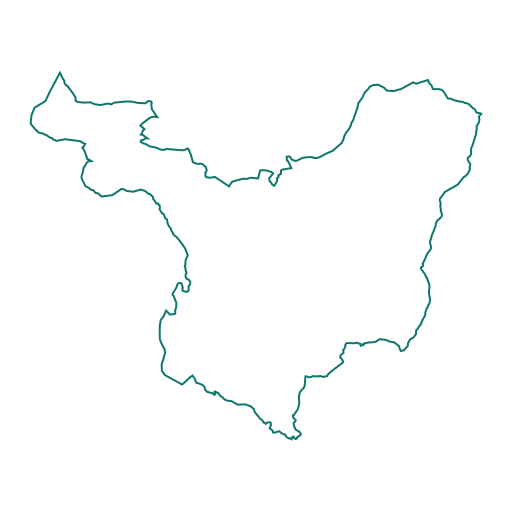 outline of Albac, Alba, Romania
{"feature_id": "2599482B24206442274336", "entity_name": "Albac", "entity_type": "district", "adm_level": 2, "iso_a3": "ROU", "parent_name": "Romania", "parent_adm1": "Alba", "projection": "mercator", "projection_center": [22.961, 46.463], "detail": "fine", "context": "isolated", "style": "outline", "palette": "teal", "viewbox_px": 512, "rotation_deg": 0, "n_neighbors": 0, "source": "geoboundaries", "source_scale": "gbopen_adm2", "svg_char_len": 6040}
<svg xmlns="http://www.w3.org/2000/svg" viewBox="0 0 512 512"><path d="M400.8,351.0L403.8,350.4L407.2,346.6L407.8,345.6L408.0,343.2L410.1,339.4L413.5,337.5L415.9,334.2L416.3,329.9L417.7,329.0L418.4,327.4L420.8,324.1L422.6,319.8L425.3,315.1L425.3,312.7L426.6,308.7L427.7,306.9L428.2,305.2L429.2,303.9L430.2,299.9L428.9,293.3L429.5,285.7L429.2,284.0L427.4,279.4L427.1,277.9L425.9,277.0L425.2,274.5L420.8,268.5L420.9,267.5L422.9,266.3L423.1,265.8L422.7,264.0L427.5,253.3L430.7,249.2L431.0,247.9L430.8,245.8L429.9,242.3L432.0,234.9L433.7,231.0L434.9,227.3L435.6,226.1L435.9,223.3L437.2,220.7L440.2,218.1L441.6,216.5L442.0,214.5L440.6,210.3L440.9,209.2L440.2,205.8L440.6,205.1L440.7,203.7L439.8,200.3L439.9,198.8L445.0,191.9L457.4,184.8L458.7,183.5L463.6,177.2L465.7,175.9L468.1,173.2L470.0,169.5L469.6,167.9L470.3,164.6L469.8,163.3L468.0,160.5L467.7,158.9L467.9,157.8L470.3,155.8L470.7,154.8L471.1,153.3L471.1,148.5L472.5,145.5L475.9,134.4L476.2,133.1L476.1,131.5L476.7,130.1L476.6,126.8L476.8,125.7L478.6,123.0L479.1,121.2L479.4,119.3L478.9,117.0L479.7,115.6L481.3,113.9L480.6,113.4L477.1,112.7L476.1,112.0L475.2,109.8L474.4,108.9L473.2,108.4L468.8,104.1L466.4,103.1L464.7,102.9L462.6,101.8L459.2,101.5L454.7,100.4L450.5,98.7L447.8,98.4L443.8,91.9L441.8,90.0L438.8,89.1L433.9,89.2L432.8,88.7L431.6,85.6L429.0,82.9L427.9,80.0L416.4,83.7L413.1,82.4L401.1,89.0L393.3,91.1L386.6,90.5L384.5,88.0L378.2,84.7L373.1,85.1L369.7,86.8L367.7,89.6L365.0,92.1L362.4,97.5L358.3,103.3L357.6,107.0L353.0,120.6L351.6,122.6L350.9,125.2L349.4,128.5L346.0,132.8L344.2,136.2L343.5,139.2L341.7,143.0L332.7,150.8L325.8,153.8L319.7,157.1L317.0,158.0L314.6,158.0L311.8,157.1L308.4,157.1L302.7,157.8L296.9,160.7L294.9,160.8L291.3,159.3L290.5,157.4L289.4,156.7L288.5,156.3L286.6,156.9L286.9,160.4L288.1,161.3L291.3,168.1L282.0,169.7L281.0,170.6L280.9,174.0L278.5,175.1L278.4,177.4L277.3,177.7L276.9,179.2L277.1,180.6L276.8,181.7L274.2,185.8L272.1,184.4L271.1,182.6L269.4,180.7L269.3,178.8L269.1,178.5L273.1,173.5L271.6,172.1L266.8,170.5L261.4,170.2L260.0,170.6L258.1,178.5L250.6,177.7L246.7,179.0L243.3,178.7L234.3,181.0L231.7,182.2L229.1,186.4L215.0,177.0L210.5,177.7L208.9,177.7L206.2,177.0L205.3,175.6L205.5,174.0L205.3,172.6L206.3,171.5L206.7,170.3L205.8,167.1L203.5,164.9L201.6,163.7L197.2,163.9L192.9,162.3L190.9,154.7L188.8,149.8L187.8,148.4L184.4,150.0L182.2,150.3L166.3,148.9L163.7,150.0L160.7,149.6L156.1,147.6L149.5,146.3L146.3,144.3L143.1,143.3L141.1,142.1L140.6,141.5L141.5,140.1L143.2,139.9L146.0,138.2L147.3,138.3L143.0,135.1L141.0,134.5L141.6,133.8L143.0,130.4L144.5,129.2L140.4,125.7L141.9,123.8L150.5,117.4L153.5,116.7L157.2,117.1L151.9,109.2L151.3,104.1L151.8,102.8L150.9,101.4L147.8,101.1L145.5,103.3L137.9,102.9L130.9,101.5L124.6,101.6L114.0,102.7L111.0,104.5L109.8,103.7L106.3,103.8L100.9,105.0L95.1,104.3L93.0,103.6L91.1,102.4L82.8,102.6L80.8,102.2L77.8,102.1L75.5,100.7L75.6,97.5L72.2,92.4L67.4,85.8L65.9,85.3L64.5,83.0L64.3,80.7L62.9,78.8L59.9,72.7L49.9,91.6L45.4,101.1L34.6,107.7L31.7,114.5L30.9,119.8L30.7,123.8L34.9,128.8L38.5,132.5L42.7,133.6L46.7,135.3L50.0,137.6L52.0,138.1L53.2,139.4L56.5,140.9L65.0,139.2L80.2,141.2L83.0,143.0L85.2,143.8L84.2,145.9L82.3,147.7L83.9,149.7L85.8,154.0L86.2,156.0L86.7,156.5L86.7,157.8L87.2,158.9L89.4,159.8L91.3,161.1L88.3,161.3L86.8,162.7L84.7,166.4L83.7,167.3L82.8,172.3L81.5,176.5L81.8,178.8L85.5,186.2L88.2,187.5L91.3,190.0L93.0,190.0L95.8,193.1L97.6,193.2L101.6,196.5L112.2,195.2L121.4,189.0L123.0,189.0L127.1,191.0L133.4,191.7L140.7,189.5L145.3,191.1L148.2,193.6L149.8,194.0L153.0,197.0L153.2,199.0L155.4,201.8L155.9,202.9L156.5,203.6L158.0,203.4L158.3,204.4L159.5,205.0L159.9,207.5L159.5,209.3L162.1,213.3L163.6,214.0L165.3,218.3L167.1,219.5L167.4,222.5L168.9,226.2L170.8,228.4L171.1,230.3L172.2,231.7L173.6,234.8L176.7,237.1L181.3,242.8L184.9,248.1L187.1,253.3L187.7,255.6L185.7,259.8L185.5,262.8L185.3,263.5L185.5,264.1L184.7,266.3L185.6,268.3L185.5,269.7L186.5,273.2L185.7,274.3L185.5,275.9L185.9,277.7L187.1,279.2L189.0,279.9L190.2,281.6L190.1,284.3L188.7,286.0L188.6,290.0L188.0,291.2L186.7,291.9L183.1,291.0L182.4,290.3L182.7,287.4L181.5,283.4L180.5,283.0L179.0,283.1L177.7,283.8L176.2,287.9L172.7,293.6L172.7,295.0L173.5,295.7L176.3,302.7L176.3,306.4L175.1,311.2L175.3,313.2L174.8,313.9L169.9,314.6L166.1,310.6L163.4,316.6L160.8,319.8L160.4,321.8L159.7,327.2L159.8,338.9L160.8,341.8L163.3,347.1L164.5,348.8L165.2,353.0L164.4,354.9L163.6,358.3L161.7,364.2L161.8,370.0L162.1,371.2L165.0,375.1L182.0,384.5L185.0,382.1L190.2,377.1L192.6,375.6L195.1,379.3L195.5,381.3L196.5,382.9L198.0,383.1L202.2,384.8L203.6,385.8L204.6,387.3L205.0,389.5L207.3,392.0L208.1,391.9L209.9,392.7L212.5,393.1L213.3,393.5L213.6,394.5L214.7,394.7L214.9,394.5L215.2,393.3L214.6,391.6L215.0,391.5L218.2,393.1L220.3,395.9L221.7,396.7L224.5,399.3L226.9,400.6L231.5,401.2L237.9,404.7L244.9,404.3L250.4,406.1L253.9,409.1L254.0,410.2L255.1,412.5L260.0,418.5L262.4,420.4L263.6,422.6L265.0,422.8L265.6,423.8L266.6,423.4L267.4,422.5L268.4,422.3L270.2,422.4L270.7,422.8L270.9,425.1L269.7,428.4L272.4,430.4L273.0,431.5L273.0,432.4L274.7,432.7L279.1,431.2L281.9,433.4L283.6,434.2L285.0,434.4L286.3,436.9L288.9,438.5L290.1,438.1L291.6,439.3L292.7,436.7L293.3,436.4L293.7,436.8L294.0,437.7L295.3,439.0L296.9,438.5L297.1,437.3L300.3,435.2L300.9,434.1L299.1,431.5L295.4,429.5L295.3,428.6L294.1,426.3L293.7,423.4L294.0,422.6L295.1,421.6L295.7,420.3L293.0,417.2L292.9,416.0L293.1,415.1L293.8,415.2L297.5,409.6L298.5,406.8L299.3,403.4L298.9,396.5L299.8,392.5L301.4,390.3L303.4,388.3L304.6,386.2L305.5,376.3L306.4,376.3L308.8,377.3L311.1,377.0L313.1,376.0L315.0,376.4L321.0,376.1L322.7,376.9L327.0,376.2L328.0,374.4L330.8,371.7L343.1,362.3L343.1,361.5L342.0,359.2L340.3,357.6L340.2,356.3L340.6,355.2L343.5,352.8L343.2,350.2L345.1,347.4L345.2,345.6L345.9,343.6L347.5,343.0L353.5,343.3L357.3,342.7L358.3,343.5L360.3,343.6L360.7,345.7L363.7,344.7L363.2,344.1L364.8,343.2L369.4,342.4L372.8,342.3L376.0,341.6L379.6,339.2L385.5,339.8L389.4,341.5L394.3,342.4L399.1,346.2L399.7,348.8L400.8,351.0Z" fill="none" stroke="#0f766e" stroke-width="2"/></svg>